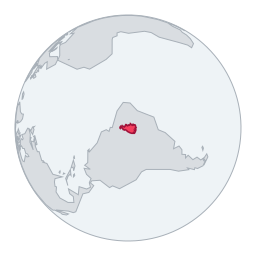 Tocantins on an orthographic globe, rotated 275°
{"feature_id": "BRA-596", "entity_name": "Tocantins", "entity_type": "State", "adm_level": 1, "iso_a3": "BRA", "parent_name": "Brazil", "parent_adm1": "", "projection": "orthographic", "projection_center": [-48.148, -9.274], "detail": "fine", "context": "on_globe", "style": "filled", "palette": "rose", "viewbox_px": 256, "rotation_deg": 275, "n_neighbors": 0, "source": "natural_earth", "source_scale": "10m", "svg_char_len": 9016}
<svg xmlns="http://www.w3.org/2000/svg" viewBox="0 0 256 256"><g transform="rotate(275 128 128)"><circle cx="128" cy="128" r="113" fill="#eef3f6" stroke="#a8b0b8"/><path d="M90.3,21.8L90.2,22.0L92.5,21.2L93.7,21.1L96.7,20.2L95.7,20.8L99.0,19.7L99.3,19.4L100.9,18.9L102.7,18.5L101.8,18.9L100.7,19.2L101.4,19.2L100.1,19.7L101.8,19.2L100.4,20.1L104.5,18.7L105.6,18.9L104.0,19.7L100.6,20.3L88.5,24.7L85.8,26.3L85.4,27.6L91.9,28.2L90.4,29.9L90.9,31.7L93.3,30.2L93.8,28.4L98.5,26.5L98.5,24.8L100.4,23.9L101.9,22.2L105.4,21.9L108.1,22.5L107.1,24.0L108.2,24.5L112.2,22.8L113.3,25.7L119.1,28.1L118.9,29.2L113.2,31.2L105.4,31.5L97.9,35.5L106.6,32.5L106.1,35.7L107.6,36.1L109.9,35.9L111.5,34.6L112.2,35.8L103.8,38.8L103.1,37.8L105.8,36.7L102.1,37.1L96.5,39.8L96.7,41.5L88.0,44.9L88.1,46.3L86.2,48.0L86.7,45.4L85.6,50.3L75.4,57.1L73.6,66.8L71.2,59.7L67.9,59.4L63.5,60.4L63.1,61.9L58.0,61.9L52.3,66.3L48.6,74.7L49.1,80.6L55.0,79.5L57.5,75.6L62.2,74.0L57.2,84.3L65.3,84.4L63.6,92.1L65.7,95.8L70.1,94.2L74.5,95.6L78.2,90.7L84.0,87.8L83.6,94.0L87.1,88.1L90.0,90.9L101.7,90.0L100.7,91.5L110.5,98.6L121.8,101.8L124.4,106.5L123.0,109.4L127.1,110.3L127.1,112.3L144.0,115.6L153.1,121.0L153.1,127.9L146.1,135.7L141.1,152.8L128.9,158.3L126.7,165.4L118.8,175.9L111.3,175.2L114.5,180.4L111.1,183.6L106.5,184.0L106.6,187.7L103.2,187.9L106.1,190.3L102.1,195.4L105.0,199.3L102.5,203.3L104.5,205.6L103.0,205.6L101.8,206.6L102.2,207.9L96.9,206.0L93.7,200.8L94.3,198.1L92.3,197.8L93.4,190.7L91.8,192.3L89.4,182.1L90.4,173.5L88.3,149.7L85.5,145.3L77.1,140.6L66.8,124.8L69.0,117.7L67.0,114.8L73.5,104.7L72.2,96.4L70.0,95.4L67.6,98.9L60.4,94.6L58.5,88.8L40.0,83.3L38.9,80.9L40.0,76.1L40.1,63.3L37.2,76.2L36.0,74.3L36.3,70.0L37.6,68.4L39.8,62.0L39.6,60.4L44.6,52.8L55.0,42.3L54.1,43.3L56.7,41.0L57.9,39.8L58.0,39.7L65.5,34.3L73.4,29.5L81.7,25.3L90.3,21.8ZM72.4,70.3L81.6,74.2L75.7,75.4L76.9,74.3L74.7,72.5L70.4,71.3L65.4,73.1L72.4,70.3ZM78.1,64.2L76.5,64.0L78.2,63.7L78.1,64.2ZM57.7,40.0L55.8,41.7L55.6,41.7L56.7,40.8L57.7,40.0ZM99.8,22.6L100.8,22.4L100.0,22.8L99.8,22.6ZM99.5,22.2L97.9,22.7L97.5,22.6L98.5,22.3L99.5,22.2ZM101.6,21.5L97.0,22.4L96.4,22.2L99.7,20.8L101.6,21.5ZM98.7,19.5L98.4,19.8L96.9,20.0L98.7,19.5ZM97.5,19.6L97.3,19.6L97.8,19.5L99.6,19.0L97.3,19.8L90.6,21.8L90.7,21.7L97.5,19.6ZM101.4,18.7L99.9,19.0L101.0,18.7L104.1,18.0L102.8,18.3L101.4,18.7ZM103.5,18.2L105.7,17.6L106.9,17.5L102.9,18.4L103.5,18.2ZM101.1,18.6L99.9,18.9L100.1,18.9L101.1,18.6ZM112.3,17.1L110.5,17.2L110.9,17.0L112.3,17.1ZM106.5,17.5L106.1,17.5L107.7,17.2L106.5,17.5ZM109.3,16.9L109.6,16.9L112.9,16.5L112.6,16.6L107.4,17.3L108.7,17.0L109.3,16.9ZM107.0,17.3L106.9,17.4L105.0,17.7L107.0,17.3ZM106.2,210.1L97.6,206.8L102.2,208.2L104.1,206.0L109.1,208.7L106.2,210.1ZM112.3,204.5L115.2,203.3L116.3,203.9L114.5,204.9L112.3,204.5ZM217.7,59.8L215.6,58.1L211.7,53.6L210.8,51.7L217.7,59.8ZM204.6,45.4L204.0,44.8L208.4,49.5L210.7,51.9L209.2,51.6L212.9,55.7L213.5,57.2L207.5,50.9L205.8,48.9L197.0,42.3L198.6,44.3L207.0,50.8L205.7,50.1L208.0,53.4L205.2,50.3L195.6,43.2L192.2,43.8L193.0,51.5L189.9,52.0L185.0,50.1L179.5,41.8L187.0,41.8L185.2,39.4L179.2,35.8L182.0,36.3L180.5,35.0L182.9,35.1L181.9,32.5L183.7,32.6L179.1,29.2L179.4,29.0L182.0,30.9L184.8,32.6L188.7,33.6L188.2,33.1L184.9,30.9L186.4,31.7L182.7,29.6L182.8,29.6L190.5,34.3L197.8,39.6L204.6,45.4ZM181.2,28.7L179.6,27.9L175.6,25.9L175.1,25.7L181.2,28.7ZM172.9,24.7L175.1,25.8L177.1,26.8L179.7,28.1L184.5,31.3L184.0,31.5L176.8,27.4L175.4,27.5L170.4,24.8L164.8,21.5L172.9,24.7ZM230.6,81.5L226.6,73.7L225.5,71.6L225.3,71.4L225.0,70.9L226.8,74.2L224.4,70.1L232.0,84.9L234.4,91.2L235.5,94.5L237.9,103.5L239.6,112.7L240.5,122.0L240.6,131.3L240.1,136.2L238.6,148.3L236.2,158.3L233.2,163.5L230.2,171.6L228.1,173.6L225.8,178.1L222.4,182.3L217.8,185.9L213.5,184.4L215.8,180.2L217.6,171.4L221.2,151.1L225.1,142.8L225.8,136.0L222.4,120.3L223.3,112.4L221.8,108.8L218.9,109.1L216.8,104.9L214.8,104.5L200.5,105.7L194.4,100.2L183.3,84.6L184.7,78.8L182.1,72.1L189.4,52.1L194.2,53.7L203.7,52.8L205.4,53.8L207.8,58.3L217.7,65.9L216.8,62.4L222.2,67.5L223.6,68.6L219.9,62.9L225.7,71.9L230.6,81.5ZM190.7,62.1L191.4,64.0L190.7,62.1ZM102.1,89.9L103.5,91.1L101.5,91.2L102.1,89.9ZM74.5,77.9L76.6,77.8L77.6,78.6L75.9,79.1L74.5,77.9ZM93.3,76.4L95.9,76.8L93.0,77.4L93.3,76.4ZM83.2,74.7L91.2,76.4L85.6,78.5L80.6,77.6L84.3,76.7L83.2,74.7ZM76.4,67.5L77.6,67.8L77.0,68.9L76.4,67.5ZM79.4,64.0L78.8,64.2L78.4,63.4L79.4,64.0ZM106.6,35.5L107.3,35.3L109.4,35.3L108.1,35.9L106.6,35.5ZM120.7,32.8L121.4,34.7L120.0,33.6L118.3,34.5L113.2,33.6L118.6,29.7L117.1,31.5L120.7,32.8ZM108.0,31.7L110.6,32.4L107.5,31.8L108.0,31.7ZM169.9,28.9L172.1,29.7L173.3,31.0L171.0,31.8L169.3,29.8L169.9,28.9ZM175.0,30.6L168.4,26.8L169.6,26.4L170.0,27.2L171.5,27.3L172.6,28.7L180.1,32.4L181.6,33.9L176.6,34.0L177.4,33.0L175.2,32.2L175.0,30.6ZM149.6,20.7L146.8,19.9L152.9,20.0L154.9,20.9L152.7,21.5L149.2,20.9L149.6,20.7ZM108.3,19.1L106.9,19.4L107.1,19.2L108.6,18.8L108.3,19.1ZM111.5,17.2L115.1,18.0L113.6,18.2L117.5,18.8L115.1,19.9L112.6,19.4L113.7,20.8L110.4,20.8L111.6,21.8L106.4,20.6L103.5,20.9L107.6,20.1L110.0,19.1L110.1,18.7L108.4,18.1L103.5,18.6L105.0,18.0L107.4,17.5L108.8,17.2L107.4,17.6L110.3,17.1L109.3,17.5L111.5,17.2ZM138.1,15.8L138.5,15.9L140.6,16.1L139.6,16.1L140.8,16.2L141.3,16.4L142.7,16.7L141.5,16.8L143.0,17.2L141.6,17.0L144.6,17.7L141.8,17.3L142.1,17.7L144.7,17.9L134.8,19.4L132.8,20.9L132.7,22.6L127.9,22.1L125.0,20.4L123.6,18.5L126.2,17.4L123.5,17.5L124.0,17.1L125.9,17.1L123.3,16.8L124.1,16.5L122.9,15.9L118.6,16.0L118.0,15.9L120.1,15.8L118.1,15.8L121.7,15.5L121.4,15.6L121.5,15.5L129.8,15.4L138.1,15.8ZM118.3,15.8L118.0,15.8L117.7,15.8L113.6,16.4L110.6,16.7L112.1,16.5L112.8,16.4L113.4,16.3L113.5,16.3L118.3,15.8ZM205.3,52.4L206.3,52.8L207.3,52.9L208.7,55.1L205.3,52.4ZM198.8,47.5L199.4,47.4L201.9,50.3L200.9,50.0L198.8,47.5ZM197.5,45.0L199.2,47.2L197.7,45.9L197.5,45.0ZM182.3,30.8L182.7,30.7L183.6,31.3L184.4,32.0L182.3,30.8ZM218.8,61.3L219.6,62.6L218.9,61.6L218.7,61.3L218.8,61.3ZM214.9,58.5L216.8,60.2L215.3,59.1L214.9,58.5ZM229.8,176.2L230.0,175.6L232.4,170.2L236.0,159.8L233.3,168.1L229.8,176.2Z" fill="#d9dde1" stroke="#a8b0b8" stroke-width="1"/><path d="M132.6,130.1L132.5,130.3L132.1,130.5L131.9,130.7L131.7,130.8L131.6,131.0L131.5,131.3L131.4,131.3L131.3,131.6L131.2,131.8L131.0,132.0L131.2,132.3L131.3,132.4L131.6,132.4L131.8,132.5L132.0,132.6L131.9,132.7L131.7,132.8L131.6,133.0L131.8,133.0L132.0,133.2L131.9,133.3L131.7,133.4L131.7,133.5L131.5,134.0L131.6,134.3L131.8,134.3L131.8,134.5L131.7,134.8L131.5,135.0L131.3,135.0L131.2,135.1L130.9,135.2L130.7,135.4L130.4,135.5L130.0,135.5L129.7,135.7L129.4,135.8L129.2,135.8L129.1,135.7L128.9,135.5L128.9,136.0L128.6,135.9L128.4,135.8L128.1,135.7L128.0,135.4L127.9,135.5L127.7,135.7L127.4,135.7L127.1,135.6L127.0,136.0L126.9,136.0L126.8,135.9L126.8,135.7L126.7,135.3L126.8,135.2L126.7,135.1L126.5,134.9L126.4,134.8L126.4,134.6L126.2,134.7L126.1,134.8L125.8,135.3L125.7,135.6L125.7,135.8L125.4,135.7L125.1,135.7L124.6,135.5L124.5,135.4L124.4,135.4L124.0,135.2L123.9,135.1L123.9,134.9L124.0,134.8L124.1,134.7L124.2,134.3L124.2,134.2L123.9,134.3L123.8,134.5L123.7,134.6L123.6,135.0L123.4,135.0L123.3,134.9L123.2,134.7L123.2,134.4L123.3,134.2L123.2,134.0L123.2,133.9L123.1,133.5L123.1,133.4L123.2,133.2L123.1,132.9L123.2,132.7L123.0,132.4L123.0,132.2L123.1,131.9L123.1,131.7L123.2,131.3L123.2,131.2L123.3,131.0L123.3,130.9L123.3,130.7L123.5,130.4L123.6,130.1L123.7,129.9L123.6,129.7L123.8,129.5L123.9,129.3L124.0,129.1L124.0,128.9L124.2,128.6L124.2,128.4L124.3,128.2L124.4,127.9L124.5,127.8L124.7,127.6L124.8,127.5L124.8,127.4L125.0,127.2L125.3,127.0L125.4,126.9L125.4,126.7L125.5,126.6L125.6,126.4L125.8,126.2L125.9,125.7L126.0,125.6L126.0,125.3L126.0,125.2L125.9,125.1L125.7,124.9L125.6,124.7L125.9,124.1L126.0,124.0L126.0,123.7L125.9,123.5L125.9,123.4L126.0,123.3L126.3,123.1L126.5,123.0L127.0,122.9L127.0,122.7L127.1,122.4L127.3,122.3L127.4,122.2L127.5,122.3L127.6,122.2L127.5,121.9L127.7,121.7L127.8,121.5L127.8,121.4L127.7,121.2L127.8,121.0L128.0,120.9L127.9,120.7L127.7,120.6L127.6,120.4L127.3,120.4L127.2,120.4L126.9,120.3L127.0,120.2L127.3,120.0L127.5,119.9L127.7,120.0L128.0,120.1L128.3,120.1L128.5,120.1L128.6,120.3L128.8,120.4L129.1,120.5L129.3,120.6L129.3,120.8L129.3,121.1L129.4,121.3L129.4,121.5L129.4,121.8L129.5,122.0L129.4,122.3L129.5,122.3L129.4,122.4L129.4,122.5L129.3,122.9L129.3,123.0L129.3,123.3L129.3,123.5L129.2,123.5L129.0,123.8L128.9,123.8L128.8,124.0L129.0,124.0L129.3,124.1L129.3,124.3L129.1,124.4L129.3,124.4L129.3,124.6L129.5,124.6L129.6,124.8L129.7,125.0L129.8,125.0L130.0,125.4L130.1,125.5L130.3,125.6L130.5,125.4L130.9,125.3L131.0,125.3L131.3,125.6L131.2,125.8L131.2,126.0L131.2,126.3L130.9,126.3L130.6,126.4L130.5,126.6L130.4,126.9L130.4,127.1L130.1,127.4L130.1,127.5L130.3,127.6L130.5,127.8L130.6,128.1L130.7,128.3L130.9,128.4L131.1,128.4L131.1,128.5L131.0,128.8L130.9,128.8L130.9,129.0L131.0,129.0L131.3,129.3L131.3,129.5L131.5,129.8L131.8,129.8L132.0,129.8L132.1,130.0L132.3,130.1L132.5,130.1L132.6,130.1Z" fill="#f43f5e" stroke="#9f1239" stroke-width="1.5"/></g></svg>